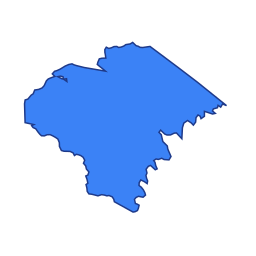 outline of Jacuizinho, Rio Grande do Sul, Brazil, rotated 351°
{"feature_id": "56859067B82489470998478", "entity_name": "Jacuizinho", "entity_type": "district", "adm_level": 2, "iso_a3": "BRA", "parent_name": "Brazil", "parent_adm1": "Rio Grande do Sul", "projection": "robinson", "projection_center": [-53.024, -29.051], "detail": "fine", "context": "isolated", "style": "filled", "palette": "blue", "viewbox_px": 256, "rotation_deg": 351, "n_neighbors": 0, "source": "geoboundaries", "source_scale": "gbopen_adm2", "svg_char_len": 2250}
<svg xmlns="http://www.w3.org/2000/svg" viewBox="0 0 256 256"><g transform="rotate(351 128 128)"><path d="M132.1,198.7L134.8,197.0L134.5,194.5L133.5,191.5L131.9,188.6L129.9,186.5L130.5,183.7L132.5,181.3L135.7,183.5L138.2,185.9L139.1,183.4L138.5,180.7L138.3,177.7L139.7,175.4L139.4,171.6L142.1,169.0L144.4,168.5L148.4,173.5L150.4,172.9L149.5,169.5L149.3,166.1L148.3,164.2L150.9,163.0L153.0,163.8L156.6,163.2L158.7,164.8L163.5,165.9L166.0,162.9L164.0,155.0L164.0,151.9L160.3,146.8L159.8,139.8L157.9,137.1L159.9,135.2L163.3,139.7L165.4,141.0L168.9,141.5L172.9,140.3L175.1,140.5L179.5,147.0L181.8,136.2L183.9,131.9L188.0,129.9L191.2,132.8L193.0,135.4L195.7,132.8L196.8,128.4L199.2,126.1L201.1,127.6L201.6,130.2L205.3,128.4L206.1,123.5L213.7,127.4L216.5,127.2L214.1,124.4L215.3,122.5L219.5,122.0L220.5,119.7L222.8,121.9L225.2,119.1L228.8,121.3L203.6,93.5L186.7,75.8L162.5,50.9L155.1,50.8L152.5,50.2L150.8,48.8L148.9,48.0L146.0,44.2L143.3,45.3L138.9,45.3L136.7,46.4L133.9,47.0L131.3,47.0L129.7,45.7L126.9,45.4L124.1,46.2L121.4,46.4L119.2,44.8L117.4,46.9L117.0,49.7L117.1,52.2L117.0,55.5L113.2,55.0L110.5,55.2L108.6,58.2L107.6,60.4L109.7,62.8L112.1,65.4L114.6,68.3L94.2,61.4L87.1,58.4L84.6,57.2L82.8,55.9L79.5,56.0L75.6,57.0L72.5,58.3L70.0,59.3L66.7,60.2L64.3,60.5L61.7,62.7L63.8,65.6L59.2,66.5L56.9,67.1L54.8,68.6L51.8,73.1L49.4,75.0L45.8,75.9L41.8,75.9L39.7,79.4L37.5,80.4L33.6,83.8L30.8,84.2L29.6,87.9L27.2,106.6L35.5,109.9L33.2,110.6L34.3,112.7L36.8,114.4L38.5,117.9L39.9,120.3L41.3,122.1L44.2,122.7L47.0,122.0L50.1,122.4L52.6,124.1L55.0,126.0L57.0,127.9L57.9,131.7L57.4,135.5L58.7,139.8L61.3,141.0L63.7,141.4L67.2,142.1L69.9,144.0L70.8,146.8L72.8,145.9L75.0,146.7L77.1,147.9L79.1,149.9L80.2,153.1L78.5,155.9L80.3,158.8L80.5,162.0L82.5,165.3L81.0,168.2L78.8,168.8L79.5,172.4L79.7,176.3L77.7,177.3L78.0,180.9L77.8,184.2L79.1,187.0L81.7,187.7L84.3,188.8L87.7,190.3L91.5,189.7L94.3,190.6L96.5,191.7L98.7,191.7L101.6,193.5L102.8,196.1L103.0,198.7L119.8,211.8L121.9,211.8L124.4,211.0L125.6,209.1L126.9,206.0L125.3,204.7L123.5,203.7L123.2,199.5L125.1,197.9L127.7,197.1L130.0,198.0L132.1,198.7ZM72.0,69.7L70.0,68.8L66.7,66.3L69.5,66.2L71.8,67.2L72.0,69.7ZM72.0,69.7L75.0,69.7L74.9,72.5L72.0,69.7Z" fill="#3b82f6" stroke="#1e3a8a" stroke-width="1.5"/></g></svg>